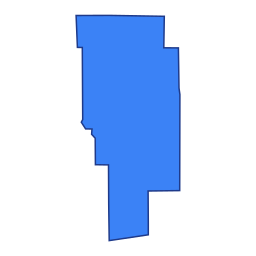 Ashland, Ohio, United States of America (orthographic projection)
{"feature_id": "52423323B55530951280256", "entity_name": "Ashland", "entity_type": "district", "adm_level": 2, "iso_a3": "USA", "parent_name": "United States of America", "parent_adm1": "Ohio", "projection": "orthographic", "projection_center": [-82.294, 40.81], "detail": "fine", "context": "isolated", "style": "filled", "palette": "blue", "viewbox_px": 256, "rotation_deg": 0, "n_neighbors": 0, "source": "geoboundaries", "source_scale": "gbopen_adm2", "svg_char_len": 401}
<svg xmlns="http://www.w3.org/2000/svg" viewBox="0 0 256 256"><path d="M179.7,190.6L179.9,94.5L179.0,88.0L178.4,47.9L163.8,47.8L164.3,16.3L109.5,15.4L76.1,15.5L77.4,47.4L82.3,47.5L82.7,119.5L81.3,122.2L85.6,128.9L92.0,129.0L91.6,134.3L95.2,138.2L95.4,164.7L108.5,164.9L108.7,203.8L109.2,240.6L148.3,234.8L148.3,223.1L148.1,191.0L179.7,190.6Z" fill="#3b82f6" stroke="#1e3a8a" stroke-width="1.5"/></svg>